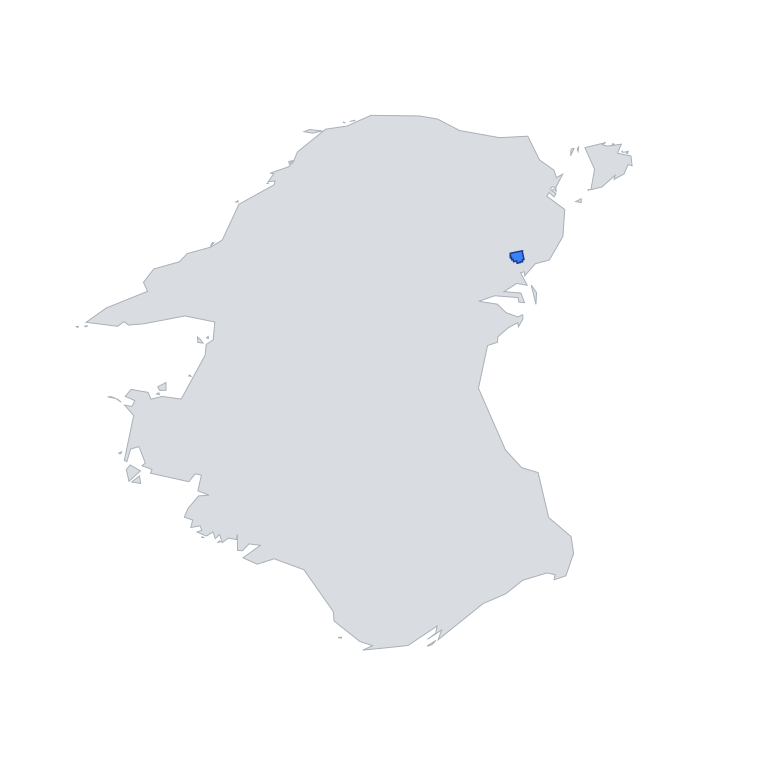 Southern Mallee, South Australia, Australia (highlighted), rotated 258°
{"feature_id": "25037944B47874528632088", "entity_name": "Southern Mallee", "entity_type": "district", "adm_level": 2, "iso_a3": "AUS", "parent_name": "Australia", "parent_adm1": "South Australia", "projection": "equal_earth", "projection_center": [140.616, -35.367], "detail": "fine", "context": "in_parent", "style": "filled", "palette": "blue", "viewbox_px": 768, "rotation_deg": 258, "n_neighbors": 0, "source": "geoboundaries", "source_scale": "gbopen_adm2", "svg_char_len": 5003}
<svg xmlns="http://www.w3.org/2000/svg" viewBox="0 0 768 768"><g transform="rotate(258 384 384)"><path d="M516.1,128.2L523.8,172.0L533.5,169.9L544.4,182.8L546.1,209.4L552.5,218.6L553.9,243.1L558.5,255.8L589.9,279.4L601.7,317.8L605.2,319.7L606.0,312.9L612.7,319.9L613.9,316.5L616.3,335.8L620.2,341.6L629.0,347.6L645.4,379.9L644.0,401.4L649.5,427.1L638.8,474.4L632.0,491.5L616.2,510.7L600.9,548.3L596.5,576.1L570.8,582.7L557.9,594.6L550.0,595.6L552.1,602.4L540.0,592.5L541.9,590.2L541.1,587.8L538.8,587.7L534.7,591.9L531.7,589.3L536.8,585.3L534.0,582.2L517.1,597.1L491.2,589.7L470.9,571.5L470.2,557.1L460.6,544.1L464.6,544.6L464.5,540.7L450.8,544.6L454.8,534.8L449.4,520.6L444.5,536.8L434.4,538.4L436.0,533.0L440.7,533.0L447.3,510.7L445.2,493.8L438.5,511.5L428.4,518.2L421.8,528.8L422.9,534.1L418.8,533.4L412.1,527.5L416.2,527.5L413.1,517.1L406.5,505.2L401.2,503.7L400.1,493.3L360.2,475.5L294.2,489.1L273.6,501.2L265.3,516.3L219.2,517.3L195.8,535.3L178.8,534.2L158.6,522.0L157.1,509.6L162.0,511.7L165.3,504.2L163.2,478.8L153.5,459.5L148.6,435.2L122.6,383.8L131.5,389.3L125.2,373.5L129.5,382.8L136.2,385.6L123.2,353.1L128.1,307.8L130.4,318.5L137.2,306.8L162.5,285.9L171.9,287.1L218.9,267.1L235.9,240.2L234.1,222.6L243.3,209.9L251.9,229.6L255.7,218.7L250.3,210.9L251.7,206.1L267.5,209.3L262.5,207.4L265.6,199.7L262.6,192.8L271.0,191.9L267.8,186.8L274.8,186.0L272.2,178.7L278.1,170.3L278.7,175.3L283.5,174.6L283.8,165.2L290.8,168.6L295.2,161.0L302.8,166.2L313.1,179.3L311.6,189.8L318.2,179.7L332.7,186.4L335.5,180.7L329.0,172.8L345.3,137.0L348.7,139.3L354.3,130.3L356.4,134.1L373.7,131.3L373.1,122.6L361.4,116.3L363.3,114.1L405.2,132.6L417.3,125.9L414.4,132.9L419.6,136.8L425.7,128.3L431.3,135.5L424.8,151.5L417.6,152.9L418.0,164.4L411.4,182.5L449.3,215.0L459.6,218.3L462.8,226.1L479.8,231.4L492.0,203.3L492.8,161.9L494.8,146.3L499.1,142.6L495.8,135.5L506.3,105.4L516.1,128.2ZM531.0,626.8L550.2,634.6L573.4,629.7L574.1,651.2L572.7,647.4L570.2,651.9L569.2,666.0L561.2,660.3L555.7,673.0L545.8,672.0L547.9,668.4L539.5,662.4L536.3,651.5L540.1,653.4L531.4,638.2L531.0,626.8ZM341.8,114.3L353.8,114.2L357.6,118.8L349.7,127.7L341.8,114.3ZM430.3,549.2L450.1,548.6L441.7,552.2L430.3,549.2ZM428.3,162.1L430.8,171.0L423.2,169.5L424.4,163.2L428.3,162.1ZM644.4,376.2L644.2,366.4L647.4,358.3L648.4,364.1L644.4,376.2ZM568.5,614.0L574.9,615.9L574.9,618.9L568.5,614.0ZM340.6,116.9L344.9,125.7L337.3,125.2L340.6,116.9ZM524.2,615.4L520.5,614.6L522.6,609.4L524.2,615.4ZM468.8,211.4L465.2,214.0L461.6,215.5L463.4,210.5L468.8,211.4ZM122.4,381.5L119.1,376.8L118.5,372.4L119.0,372.2L122.4,381.5ZM573.4,621.8L575.9,623.9L571.1,622.2L573.4,621.8ZM618.8,337.1L621.5,337.1L621.4,341.4L618.8,337.1ZM554.8,242.8L558.0,245.4L557.4,247.0L554.8,242.8ZM560.8,667.9L560.9,671.3L558.6,670.2L560.8,667.9ZM648.0,405.1L648.0,410.4L647.7,410.3L648.0,405.1ZM372.4,113.8L370.4,111.4L371.6,110.2L372.4,113.8ZM428.4,114.3L425.5,118.8L428.9,111.0L428.4,114.3ZM648.7,398.7L647.3,400.5L648.2,398.6L648.7,398.7ZM433.2,195.9L431.6,196.8L432.5,194.7L433.2,195.9ZM422.3,161.8L420.3,162.3L421.5,159.5L422.3,161.8ZM145.6,286.2L145.2,289.7L144.2,289.4L145.6,286.2ZM502.8,103.3L502.7,106.4L501.9,104.1L502.8,103.3ZM538.8,589.0L539.3,590.6L538.6,590.2L538.8,589.0ZM424.7,120.1L420.8,123.2L424.9,119.3L424.7,120.1ZM272.4,174.3L271.0,176.4L271.9,173.9L272.4,174.3ZM562.2,665.4L561.0,666.0L561.7,664.8L562.2,665.4ZM467.1,221.9L465.0,221.8L466.1,220.0L467.1,221.9ZM264.8,190.3L263.7,191.5L263.6,188.7L264.8,190.3ZM571.7,658.1L570.0,659.1L570.6,657.2L571.7,658.1ZM504.2,95.0L503.9,97.0L502.8,96.0L504.2,95.0ZM537.8,591.3L539.5,592.9L536.7,592.4L537.8,591.3ZM593.7,279.2L592.3,279.3L592.9,276.9L593.7,279.2ZM604.8,312.6L604.0,312.6L604.6,310.8L604.8,312.6ZM531.9,624.2L531.4,625.5L531.0,623.9L531.9,624.2Z" fill="#d9dde1" stroke="#a8b0b8" stroke-width="1"/><path d="M485.6,534.6L485.4,534.5L485.2,534.5L484.9,534.5L484.7,534.5L484.4,534.5L484.2,534.5L483.9,534.5L483.8,534.4L483.7,534.3L483.6,534.2L483.4,534.4L483.2,534.2L483.1,534.3L482.9,534.3L482.7,534.3L482.5,534.2L482.4,534.3L482.3,534.2L482.3,534.3L482.2,534.3L481.9,534.4L481.7,534.4L481.6,534.5L481.6,534.4L481.5,534.5L481.4,534.4L481.2,534.5L480.9,534.7L480.7,534.7L480.4,534.7L480.2,534.7L480.0,534.8L480.0,534.7L479.9,534.8L479.7,534.8L478.9,534.8L478.9,536.2L478.2,536.2L477.7,536.2L477.2,536.2L476.7,536.2L476.7,536.5L476.7,537.6L476.7,537.8L476.7,538.1L476.7,538.4L476.7,538.5L476.7,538.9L476.7,539.3L476.1,539.3L475.4,539.3L474.4,539.3L474.4,539.9L474.5,539.9L474.5,540.2L474.5,540.3L474.5,540.5L474.5,540.8L474.5,541.0L474.5,542.6L475.1,542.6L475.1,543.4L475.1,543.5L474.8,544.2L474.8,544.3L474.8,544.5L474.8,544.8L474.8,545.0L475.9,545.2L476.7,545.2L476.7,545.8L476.7,546.8L478.4,546.8L479.2,546.8L480.0,546.8L481.4,546.8L482.8,546.8L483.0,546.8L483.3,546.8L483.5,546.8L483.8,546.8L484.0,546.8L484.3,546.8L484.5,546.8L484.8,546.8L485.0,546.8L485.1,546.7L485.2,546.8L485.2,546.7L485.3,546.7L485.5,546.7L485.6,540.9L485.6,540.7L485.6,534.6Z" fill="#3b82f6" stroke="#1e3a8a" stroke-width="1.5"/></g></svg>